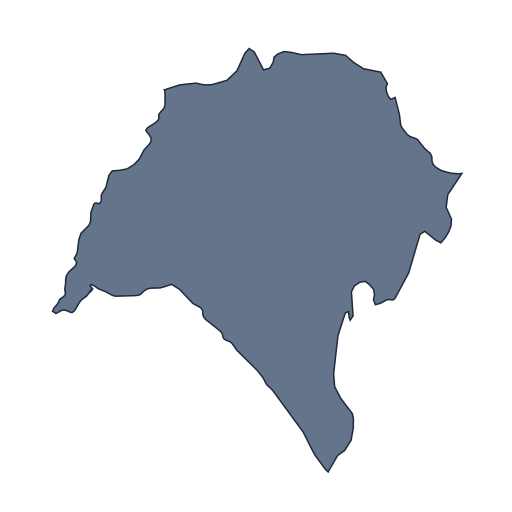 outline of Subcarpathian, rotated 95°
{"feature_id": "POL-3152", "entity_name": "Subcarpathian", "entity_type": "Voivodeship", "adm_level": 1, "iso_a3": "POL", "parent_name": "Poland", "parent_adm1": "", "projection": "robinson", "projection_center": [22.333, 49.912], "detail": "fine", "context": "isolated", "style": "filled", "palette": "slate", "viewbox_px": 512, "rotation_deg": 95, "n_neighbors": 0, "source": "natural_earth", "source_scale": "10m", "svg_char_len": 2671}
<svg xmlns="http://www.w3.org/2000/svg" viewBox="0 0 512 512"><g transform="rotate(95 256 256)"><path d="M124.4,365.2L123.1,365.0L121.4,364.0L118.2,361.5L116.5,360.5L113.3,359.8L101.0,360.9L98.4,361.8L98.4,361.7L98.2,361.1L92.1,346.7L89.0,330.8L90.0,323.3L89.4,315.5L83.6,300.4L73.3,291.2L54.9,284.7L49.9,280.9L52.9,275.5L69.9,264.7L67.6,258.5L61.3,255.7L56.4,255.4L52.8,251.8L51.4,248.8L49.9,246.3L50.1,237.9L51.5,228.4L47.2,196.2L48.3,184.3L54.7,175.5L60.0,165.4L62.0,147.5L62.6,147.3L73.1,140.0L76.3,141.2L80.6,140.4L85.0,138.4L88.2,135.6L86.6,132.3L85.9,131.3L102.3,125.5L113.2,123.2L116.3,121.1L121.6,116.1L123.7,112.8L124.6,108.6L125.8,105.3L133.9,97.7L138.8,91.2L141.8,89.5L146.2,88.9L149.3,87.6L151.9,84.5L153.9,80.7L155.1,77.3L156.5,68.9L156.4,61.0L155.8,58.1L178.2,70.3L191.0,70.8L202.2,64.5L208.9,64.3L215.4,66.2L221.4,69.2L226.8,73.0L224.5,78.4L216.7,90.0L219.9,94.4L259.5,102.4L286.3,113.9L287.9,115.9L287.7,118.8L288.1,121.7L292.2,127.7L294.1,132.9L289.5,135.1L284.2,134.6L278.9,136.0L274.7,140.4L271.8,144.9L273.0,150.2L277.5,155.6L283.5,157.8L307.2,154.1L311.8,156.6L309.1,157.8L303.3,159.0L305.0,162.1L328.3,167.4L366.7,168.4L379.5,166.2L390.5,159.1L404.5,146.4L409.0,144.8L418.7,144.1L431.3,145.2L442.0,150.7L447.6,157.3L464.7,165.3L464.8,165.3L464.7,165.6L462.4,168.4L449.0,180.1L444.1,183.3L434.8,189.0L427.1,193.8L388.3,227.8L383.2,234.2L377.0,238.2L370.2,244.4L351.7,266.7L344.6,272.8L343.7,274.6L342.3,278.9L341.5,280.5L340.0,281.7L337.0,282.6L335.5,283.5L333.9,285.1L323.4,300.9L320.5,303.3L318.6,303.9L314.9,304.5L313.0,305.9L311.8,307.8L308.8,314.7L295.9,329.2L291.6,337.6L294.9,345.3L296.1,348.5L297.2,357.8L297.8,360.2L298.3,361.4L300.5,364.4L304.2,367.6L305.2,369.3L306.0,372.7L308.3,392.7L307.7,395.8L304.8,402.4L302.4,410.1L299.7,414.9L298.8,417.5L299.8,418.7L300.6,418.2L302.9,415.8L305.6,417.4L305.4,417.5L304.7,417.6L310.3,420.9L315.3,426.4L318.5,428.3L326.2,431.9L328.3,434.1L328.3,436.0L326.8,440.2L326.6,443.2L327.3,445.2L330.1,449.2L330.3,449.7L330.7,450.4L328.7,453.9L325.2,452.6L321.4,449.8L318.3,448.4L316.4,447.9L313.2,444.2L311.5,442.8L309.6,442.7L305.7,443.6L299.5,443.3L295.8,443.6L292.1,443.2L287.9,440.8L281.4,434.9L278.0,434.0L274.4,436.9L268.4,434.4L254.9,433.9L248.6,432.3L239.9,425.1L236.3,423.9L226.8,424.2L218.7,422.1L217.4,421.2L217.0,419.8L217.5,418.4L217.5,416.9L215.6,415.2L214.2,414.9L210.1,415.4L208.4,415.3L206.4,414.5L200.8,411.5L188.6,409.6L183.8,406.7L182.6,399.7L180.5,392.1L175.6,385.5L169.4,380.6L160.1,376.8L153.9,372.0L150.7,370.5L147.3,371.0L144.3,373.3L141.8,375.7L140.1,376.7L137.4,374.9L131.7,367.5L128.8,365.1L127.1,364.7L124.4,365.2Z" fill="#64748b" stroke="#1e293b" stroke-width="1.5"/></g></svg>